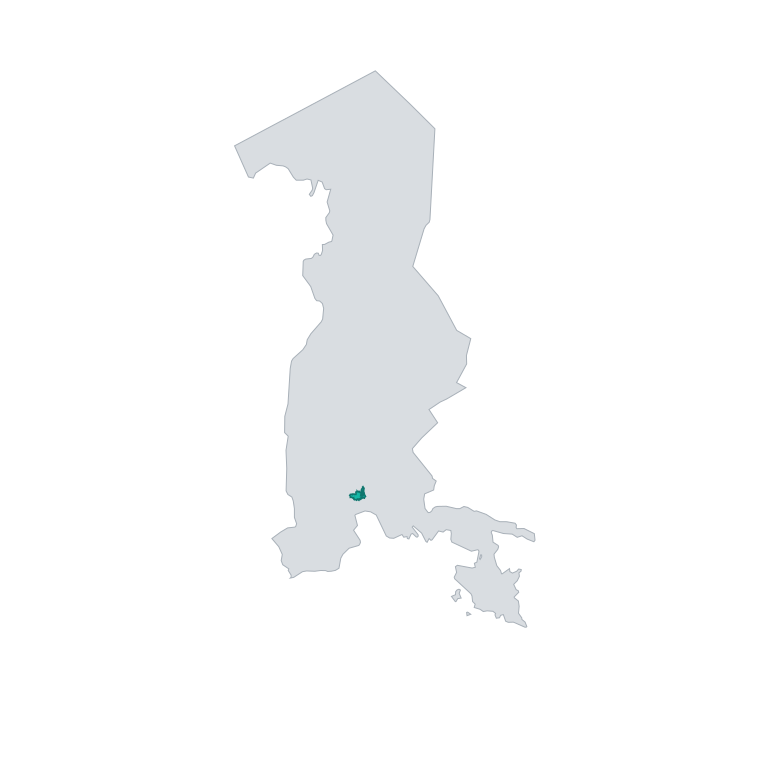 location of Samarkand, Samarkand, Uzbekistan, rotated 55°
{"feature_id": "79887680B77379666017529", "entity_name": "Samarkand", "entity_type": "district", "adm_level": 2, "iso_a3": "UZB", "parent_name": "Uzbekistan", "parent_adm1": "Samarkand", "projection": "albers", "projection_center": [66.932, 39.559], "detail": "fine", "context": "in_parent", "style": "filled", "palette": "teal", "viewbox_px": 768, "rotation_deg": 55, "n_neighbors": 0, "source": "geoboundaries", "source_scale": "gbopen_adm2", "svg_char_len": 5899}
<svg xmlns="http://www.w3.org/2000/svg" viewBox="0 0 768 768"><g transform="rotate(55 384 384)"><path d="M582.7,352.2L592.8,346.7L598.6,349.9L599.2,351.7L593.1,355.7L587.5,358.0L586.0,362.8L580.5,365.1L575.0,371.9L566.4,378.9L566.3,380.2L567.1,381.3L570.0,382.0L576.1,385.4L581.7,383.1L583.1,383.5L584.7,385.6L586.5,391.5L589.2,393.0L597.5,395.8L603.6,395.5L606.8,396.6L607.3,396.1L607.2,387.1L609.9,388.5L612.6,387.2L613.5,382.7L612.8,379.8L614.7,378.0L615.9,379.1L616.1,381.8L619.2,383.4L621.6,387.7L622.5,392.7L628.3,393.7L630.3,392.6L631.9,393.1L633.1,399.5L633.9,399.9L638.8,398.4L643.6,400.8L648.9,405.3L654.6,405.3L655.9,406.1L659.9,405.0L664.6,406.1L664.8,406.8L664.1,408.0L653.3,414.6L650.5,418.9L648.1,420.4L641.3,418.5L640.4,421.1L641.7,423.5L640.3,426.3L636.8,425.5L636.0,424.2L632.7,425.1L629.0,429.6L627.3,433.2L623.7,434.5L618.8,438.3L616.6,435.6L613.0,436.2L608.1,433.5L605.7,433.1L584.2,437.8L582.5,437.3L580.0,432.6L574.6,430.3L574.6,427.9L585.3,417.4L586.5,414.3L582.7,412.8L583.2,410.1L575.8,402.4L574.5,401.9L573.5,402.3L571.1,408.3L552.4,419.1L549.5,418.3L545.1,414.6L542.3,413.3L539.0,416.6L539.2,420.5L535.7,423.6L539.2,433.9L539.0,435.2L536.5,435.7L538.4,439.5L536.9,440.0L527.7,438.7L517.0,441.4L517.4,443.0L526.9,442.5L528.2,443.2L528.5,444.5L527.9,445.3L522.9,446.3L522.5,447.9L525.2,452.5L524.0,453.5L522.2,452.7L520.8,455.7L517.6,455.6L516.0,464.5L513.4,467.7L509.8,469.3L486.9,465.5L481.0,468.3L477.1,472.4L474.6,482.1L474.9,483.2L484.7,486.9L486.3,492.8L498.2,493.2L500.2,494.1L501.2,495.6L501.8,497.2L498.5,506.8L499.9,515.3L501.9,519.3L509.1,526.6L508.8,530.7L507.2,534.4L505.3,537.6L503.2,539.0L500.3,543.1L497.7,548.1L492.7,554.7L491.0,558.4L490.6,568.9L489.2,572.1L489.0,570.9L487.2,569.7L481.8,569.4L480.8,568.0L474.0,570.6L469.7,569.5L465.3,565.1L456.9,563.5L446.3,564.5L446.0,553.6L446.6,545.5L450.1,539.1L450.0,537.9L448.3,535.7L441.9,533.9L434.6,528.8L427.7,525.4L423.8,524.3L419.4,526.1L415.4,525.5L397.4,512.1L382.1,502.3L371.8,492.4L366.8,493.3L353.6,483.8L345.3,474.1L317.5,451.9L312.2,446.6L311.0,443.8L309.4,430.9L307.1,424.9L303.7,421.5L300.9,415.1L297.1,399.8L295.6,397.0L287.5,390.1L282.8,388.3L279.1,389.1L277.1,391.4L274.2,391.5L262.1,388.1L248.6,388.4L237.2,379.8L236.6,378.5L236.8,376.4L239.5,371.4L239.2,369.2L237.8,366.7L238.0,364.1L239.2,362.8L241.3,363.4L242.2,362.5L242.0,361.2L239.5,357.8L234.4,354.5L235.6,352.6L236.2,347.7L237.2,345.2L236.6,344.3L232.8,340.3L219.7,339.1L216.7,337.8L214.3,336.2L212.3,330.5L211.1,329.1L202.3,326.2L193.9,315.9L191.7,319.9L189.9,320.6L183.1,318.8L179.4,321.1L187.0,331.5L188.6,334.6L188.3,336.3L185.8,336.4L184.0,331.6L182.7,330.1L174.9,326.8L171.9,329.5L170.8,333.1L166.7,339.0L162.5,339.6L152.6,339.0L149.6,340.1L147.4,341.6L143.1,346.7L137.8,350.5L137.6,368.2L140.4,372.9L136.7,376.3L103.2,369.8L122.5,211.5L170.2,202.0L204.1,195.9L275.7,252.1L277.4,254.2L278.1,258.6L279.9,262.2L304.2,293.0L342.9,289.0L381.8,293.7L396.6,286.9L407.9,300.1L415.0,304.8L424.5,323.8L434.0,319.0L432.2,341.4L431.0,348.3L430.7,361.8L446.5,362.3L449.8,384.1L453.2,397.8L456.7,399.4L486.9,397.4L489.2,398.4L493.4,396.9L496.2,401.2L499.3,404.1L497.3,413.7L501.1,417.5L509.5,421.8L514.7,421.6L515.6,419.9L515.4,417.7L514.1,415.4L514.1,412.6L514.9,410.5L519.8,403.2L527.8,396.0L529.6,393.3L530.2,388.8L533.1,386.2L540.0,383.2L541.0,381.0L549.4,375.1L558.9,371.2L563.2,368.1L567.2,362.5L573.2,356.5L575.5,356.4L577.3,358.1L578.7,358.2L582.7,352.2ZM582.9,405.9L581.6,403.1L580.1,402.1L579.4,402.6L581.9,406.0L582.9,405.9ZM603.2,450.4L596.7,450.6L597.6,446.3L595.2,444.4L594.6,442.3L595.1,440.3L596.6,439.6L598.6,442.5L603.6,443.6L602.1,446.7L603.5,449.8L603.2,450.4ZM622.4,445.0L621.4,448.9L618.5,447.3L618.9,446.3L622.4,445.0Z" fill="#d9dde1" stroke="#a8b0b8" stroke-width="1"/><path d="M455.1,475.0L455.4,475.2L455.6,475.5L455.6,476.0L456.7,476.0L457.5,476.6L457.6,476.3L458.1,476.1L458.2,475.3L458.6,475.2L459.4,475.1L459.6,475.0L459.6,474.7L459.7,474.2L460.0,474.5L460.5,474.5L460.8,474.7L461.2,474.8L461.3,474.3L462.1,474.4L462.3,473.7L462.8,473.3L463.5,473.2L463.5,472.9L462.9,472.3L463.0,471.5L463.4,471.3L463.8,471.6L464.2,471.5L464.5,471.4L464.2,471.1L463.8,470.7L464.0,470.5L464.3,470.5L463.9,470.1L464.0,469.8L464.5,469.8L464.5,469.5L464.1,469.1L464.0,468.8L464.4,468.8L464.8,469.6L465.1,469.5L465.2,469.2L464.8,468.5L464.5,468.5L464.1,467.4L464.9,467.4L464.8,466.9L465.1,466.9L465.1,465.9L466.0,465.9L466.3,465.6L465.7,464.7L465.5,463.6L464.9,463.6L464.3,463.4L463.6,463.6L462.5,463.0L461.9,462.9L461.6,462.6L460.4,462.4L460.0,461.9L459.5,461.9L459.1,461.1L458.2,461.1L458.2,460.3L457.9,460.1L457.0,460.2L456.0,460.1L456.1,460.7L456.9,461.0L457.5,461.4L457.5,461.6L457.1,461.7L457.3,462.8L457.5,463.0L458.0,463.0L458.4,463.4L458.5,464.0L459.2,463.9L459.4,463.8L459.4,463.2L460.1,463.3L460.1,464.1L460.1,464.7L460.3,464.6L460.7,464.6L460.6,464.2L460.8,464.2L461.1,464.1L461.1,464.3L461.3,464.3L461.4,464.6L461.7,464.7L461.8,464.8L462.2,465.0L462.0,464.7L462.4,464.5L462.4,464.4L462.5,464.1L462.9,464.4L463.0,464.7L462.5,465.0L462.4,465.1L462.7,465.3L462.7,465.5L463.1,465.5L463.0,465.0L463.3,465.0L463.3,465.5L463.3,465.8L463.3,466.0L463.2,466.1L463.2,466.5L462.7,466.6L462.2,466.8L462.2,467.0L461.9,466.9L461.9,467.0L461.8,466.9L461.7,466.8L461.5,466.7L461.5,466.3L461.3,466.3L461.2,466.1L460.9,466.0L460.9,465.6L460.9,465.3L461.0,465.3L460.8,465.1L460.7,464.9L460.4,465.0L460.1,465.1L459.8,465.0L459.5,465.5L459.0,465.6L458.9,466.1L458.6,466.2L458.1,466.2L457.8,465.8L457.4,466.2L457.5,466.7L457.6,467.1L457.2,467.3L456.2,467.4L456.7,467.8L456.3,468.8L456.7,469.3L457.1,469.3L457.3,469.4L457.8,469.9L458.1,469.9L458.2,470.2L458.3,470.4L457.9,470.5L457.8,470.8L457.7,471.4L457.2,471.4L457.0,471.6L456.8,471.7L456.8,472.1L456.7,472.8L456.6,472.7L456.2,472.7L456.1,472.8L455.8,473.3L455.9,473.5L456.0,473.7L456.0,473.9L455.7,474.2L455.2,474.6L455.1,475.0Z" fill="#14b8a6" stroke="#0f766e" stroke-width="1.5"/></g></svg>